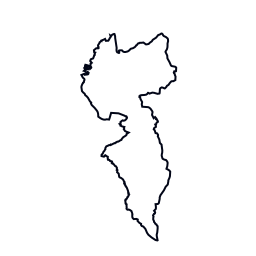 outline of Fundata, Brasov, Romania, rotated 196°
{"feature_id": "2599482B86942388549118", "entity_name": "Fundata", "entity_type": "district", "adm_level": 2, "iso_a3": "ROU", "parent_name": "Romania", "parent_adm1": "Brasov", "projection": "mercator", "projection_center": [25.279, 45.46], "detail": "fine", "context": "isolated", "style": "outline", "palette": "ink", "viewbox_px": 256, "rotation_deg": 196, "n_neighbors": 0, "source": "geoboundaries", "source_scale": "gbopen_adm2", "svg_char_len": 5890}
<svg xmlns="http://www.w3.org/2000/svg" viewBox="0 0 256 256"><g transform="rotate(196 128 128)"><path d="M166.9,214.6L167.3,214.6L168.7,213.5L169.4,212.5L169.4,212.0L169.6,211.7L170.4,212.0L169.8,211.0L169.8,210.6L170.3,209.4L170.6,207.8L171.0,206.5L173.3,205.7L174.6,207.3L176.2,205.8L176.9,205.4L177.7,204.6L177.6,204.4L177.9,204.4L178.1,203.5L178.9,202.6L178.9,201.6L179.6,199.4L179.5,198.7L178.8,198.0L179.0,197.3L178.7,197.3L178.3,196.9L178.3,196.6L178.7,196.3L180.5,195.9L182.2,193.4L181.3,191.3L180.9,191.2L180.7,191.5L180.3,191.5L180.5,190.7L180.1,189.0L180.6,188.6L180.5,187.8L180.7,185.3L182.7,183.8L182.8,182.0L180.8,180.7L181.7,179.7L181.7,179.2L181.3,178.4L181.4,177.1L184.2,177.1L183.8,176.6L184.0,176.3L183.2,175.7L182.2,176.4L180.3,176.5L180.0,176.2L180.0,175.6L180.5,174.8L180.6,175.1L180.8,175.1L182.1,173.9L183.7,173.2L184.4,173.8L183.9,176.1L184.8,176.0L185.7,176.7L186.4,176.9L186.5,176.2L186.2,174.8L186.6,173.7L185.2,173.3L185.5,172.6L184.9,171.9L185.7,171.5L186.1,170.8L185.4,170.8L183.2,169.8L182.2,170.9L181.7,170.0L181.4,169.7L181.1,169.8L181.1,168.9L181.4,168.5L182.0,168.2L183.9,167.4L183.9,167.9L184.6,168.1L185.3,167.8L187.4,166.1L185.3,164.0L183.6,163.2L183.2,162.6L183.1,161.8L183.3,160.8L183.0,160.1L183.2,159.6L183.7,159.1L183.6,158.7L184.0,157.8L184.2,155.7L184.1,154.5L182.4,150.8L180.9,149.8L179.1,149.0L178.1,147.7L176.7,147.2L174.8,146.0L171.8,143.0L170.5,142.4L170.3,142.2L170.4,141.4L169.2,140.1L165.7,138.2L163.0,136.3L161.9,135.4L161.0,134.1L160.4,132.8L159.7,130.7L157.1,129.8L155.2,129.4L153.6,129.4L152.3,129.7L150.9,130.5L148.5,130.9L148.4,132.6L148.4,137.9L141.1,139.5L134.7,138.9L133.4,138.5L132.8,138.8L132.5,138.6L132.2,137.9L131.9,137.8L131.8,137.0L132.4,135.5L133.1,134.5L134.2,133.8L135.2,133.9L136.1,132.9L136.9,131.5L136.5,131.0L136.5,130.3L136.6,129.8L137.1,129.5L136.8,129.3L135.9,129.2L135.9,128.2L134.0,127.9L131.8,128.0L131.9,127.0L131.6,126.6L131.4,125.8L131.6,125.6L130.1,124.3L128.1,123.9L127.7,123.6L127.2,123.6L127.1,123.9L126.1,123.8L127.7,121.9L127.6,120.8L127.8,120.4L129.3,118.6L129.9,118.1L131.0,115.7L131.0,114.9L131.2,114.6L132.0,114.1L132.8,113.0L133.8,112.1L134.4,112.0L135.3,111.2L135.3,110.9L135.7,110.7L136.4,109.7L136.9,109.7L139.9,106.9L140.2,107.2L140.6,106.7L142.0,106.0L142.5,105.3L143.7,104.5L144.2,102.8L144.1,101.8L143.9,101.4L144.1,101.0L144.4,99.5L145.0,98.5L145.1,97.1L145.5,95.9L146.0,95.1L146.0,94.7L145.7,93.7L143.2,93.8L142.8,94.4L142.8,95.1L142.2,95.6L140.9,95.0L139.5,94.8L139.3,93.8L139.0,93.4L139.0,92.7L138.4,91.9L137.1,92.2L136.1,91.3L134.4,91.5L134.0,91.2L133.8,90.6L134.0,89.9L133.1,89.4L132.4,89.7L129.9,87.9L129.1,87.9L127.7,86.7L127.5,85.6L127.1,85.3L127.2,84.5L126.5,84.4L126.3,82.5L124.4,81.6L123.0,78.6L122.2,78.2L120.6,78.0L118.5,77.1L117.5,75.9L116.6,75.3L116.6,73.9L116.4,73.7L115.8,73.9L115.6,73.5L115.6,72.8L114.8,72.3L114.7,71.8L113.7,71.3L113.4,70.7L112.9,70.5L112.4,69.9L110.6,67.5L110.3,66.8L110.0,66.4L110.1,66.2L109.9,65.6L109.4,65.5L109.3,65.1L108.8,64.7L109.2,64.3L108.7,63.5L108.8,63.0L109.1,62.4L109.0,61.9L109.6,61.3L109.5,60.5L109.7,60.0L109.8,59.4L110.1,59.3L110.4,58.9L110.3,58.5L110.7,58.3L110.7,57.5L110.3,57.0L110.2,56.3L109.7,55.6L109.7,55.1L109.3,54.5L109.0,54.3L108.5,54.4L108.3,54.3L107.9,52.5L107.4,51.5L107.2,50.0L106.1,49.3L105.5,49.4L105.2,49.7L104.8,49.8L103.6,49.7L101.8,49.1L100.4,47.1L99.9,46.1L100.0,45.6L99.7,45.0L99.5,44.1L99.2,43.4L98.6,42.7L97.4,42.0L95.0,42.9L93.5,42.8L93.3,42.6L93.3,41.6L93.2,41.3L90.8,39.9L89.0,39.5L88.8,38.5L87.8,37.6L86.1,37.5L83.5,35.8L80.8,32.5L79.0,31.0L75.2,29.3L70.7,27.9L68.8,28.0L68.6,28.2L70.4,31.7L71.0,33.2L71.1,35.7L71.8,39.5L72.4,41.6L72.7,42.0L73.5,42.3L74.0,43.1L75.4,43.5L76.3,44.5L77.0,44.8L77.6,46.0L78.5,46.9L79.0,48.7L79.0,49.8L79.8,50.7L79.8,51.2L79.5,51.9L79.4,52.6L79.0,52.7L78.6,53.3L78.7,53.8L78.6,54.2L79.1,55.0L80.1,55.6L79.0,57.7L79.0,58.2L79.4,59.8L80.5,62.4L78.6,63.1L78.0,63.6L77.7,64.3L78.0,68.6L78.4,70.0L78.3,72.2L76.3,78.0L75.6,81.9L74.2,84.6L74.5,87.6L74.8,88.8L74.4,91.7L74.4,93.2L75.4,97.7L76.3,98.4L77.5,98.9L79.8,99.4L79.7,102.0L80.2,105.0L80.5,105.9L81.6,107.0L82.7,107.7L84.4,107.6L86.2,108.0L86.5,108.3L88.0,110.7L88.3,112.4L88.3,113.6L88.8,115.8L91.2,121.3L93.2,122.4L94.7,125.5L97.1,128.3L97.1,129.4L97.4,129.9L98.7,130.9L100.1,130.7L101.4,132.7L101.9,133.3L102.9,133.8L102.9,134.7L102.7,135.4L101.5,136.7L101.7,137.7L102.8,138.9L102.0,139.5L102.0,140.8L101.4,141.9L101.0,142.1L101.1,142.7L102.6,144.1L103.4,144.2L103.3,144.9L105.0,146.0L106.0,144.5L108.5,147.2L108.8,150.1L109.3,150.8L111.6,152.7L113.1,153.4L114.3,153.6L120.2,152.4L121.4,154.8L121.4,155.9L121.6,156.9L123.9,159.2L124.8,160.8L125.5,160.8L125.8,161.8L125.1,162.8L124.5,162.9L124.1,163.3L121.5,164.2L119.8,165.0L118.8,166.2L118.5,167.3L118.0,167.4L116.8,167.0L114.4,168.7L112.7,169.0L109.0,169.0L107.3,169.8L107.2,170.3L108.0,174.0L108.0,174.8L107.7,175.4L106.8,176.3L105.7,176.4L103.8,176.1L103.4,176.3L102.5,178.0L102.1,179.4L101.0,180.5L100.2,182.8L99.4,184.5L98.7,185.1L97.3,185.5L95.7,187.1L96.5,190.6L97.6,191.9L97.8,192.6L98.8,193.3L99.3,194.0L99.1,195.3L98.0,195.3L97.5,195.9L98.3,199.3L98.7,199.6L99.7,199.9L103.0,199.6L103.9,199.9L106.2,202.7L109.3,205.8L110.3,208.5L112.9,211.4L113.0,211.8L112.3,214.4L112.3,216.1L112.6,217.7L113.3,220.1L113.4,222.6L114.1,224.4L114.6,225.0L116.6,225.9L119.0,226.3L119.8,226.8L120.6,227.7L121.4,228.1L122.0,228.0L123.4,226.4L124.5,225.8L125.9,222.6L128.5,219.6L129.0,217.9L130.6,215.9L131.3,214.5L133.0,213.6L133.8,213.3L136.7,214.4L138.6,213.6L140.1,213.2L140.8,212.4L141.4,212.3L141.7,211.9L142.4,210.1L143.0,209.6L143.1,208.9L143.8,207.6L145.2,206.1L147.2,204.9L148.3,202.8L149.4,201.5L151.5,200.3L152.6,200.0L153.7,200.1L155.3,201.0L157.5,200.3L157.9,200.1L158.1,199.7L157.3,198.3L157.2,197.8L157.4,197.6L159.2,197.8L159.7,198.2L160.2,198.9L160.6,200.0L161.0,201.9L165.1,210.9L165.7,212.7L166.9,214.6Z" fill="none" stroke="#020617" stroke-width="2"/></g></svg>